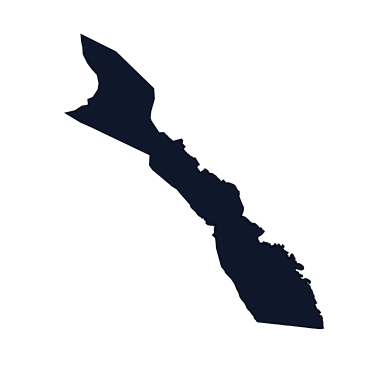 the district of Ebonyi, Ebonyi, Nigeria, rotated 314°
{"feature_id": "59680162B19549725656045", "entity_name": "Ebonyi", "entity_type": "district", "adm_level": 2, "iso_a3": "NGA", "parent_name": "Nigeria", "parent_adm1": "Ebonyi", "projection": "equal_earth", "projection_center": [8.133, 6.541], "detail": "fine", "context": "isolated", "style": "filled", "palette": "ink", "viewbox_px": 384, "rotation_deg": 314, "n_neighbors": 0, "source": "geoboundaries", "source_scale": "gbopen_adm2", "svg_char_len": 6100}
<svg xmlns="http://www.w3.org/2000/svg" viewBox="0 0 384 384"><g transform="rotate(314 192 192)"><path d="M206.2,342.2L205.8,341.4L206.0,340.1L205.8,338.1L205.8,337.8L206.3,337.4L207.4,337.0L208.8,337.5L209.0,337.7L209.1,338.6L208.7,339.0L207.8,339.1L207.8,339.6L208.0,340.0L209.0,339.8L209.8,339.0L209.6,337.3L209.3,335.6L208.6,334.3L208.3,333.9L207.2,333.3L205.9,333.0L205.7,332.2L205.1,330.9L205.5,328.0L205.9,327.8L206.3,327.7L206.6,328.0L207.0,328.6L207.3,329.5L207.5,329.9L207.9,330.0L208.5,329.2L207.7,327.6L207.2,325.7L206.9,325.3L206.9,324.6L207.5,324.7L207.8,324.5L207.8,323.7L207.3,323.1L207.0,321.9L207.0,320.9L207.3,320.2L207.9,319.7L209.5,319.6L209.9,319.7L209.9,320.8L210.1,321.4L210.7,322.0L211.7,324.3L212.8,325.2L213.8,325.4L214.7,325.0L215.5,323.6L215.3,320.9L214.7,318.9L214.5,318.6L214.0,318.6L213.7,318.4L213.5,317.7L213.0,317.3L212.9,316.9L213.0,316.4L213.7,316.0L214.1,315.3L214.1,315.0L213.7,314.6L213.7,314.3L214.1,312.8L214.2,312.7L214.7,312.7L215.2,312.6L215.8,311.6L215.4,310.7L215.6,310.2L216.4,309.8L216.5,309.4L216.4,309.3L216.1,309.1L215.6,309.2L215.2,308.7L215.2,308.4L215.4,308.2L215.7,307.9L216.2,307.8L216.4,308.1L216.8,308.1L217.0,307.7L216.6,307.1L216.2,306.9L215.5,307.0L213.3,308.0L213.1,307.9L212.5,309.1L211.8,309.2L211.7,308.8L211.8,308.5L211.8,306.4L211.9,305.6L212.6,305.3L212.7,304.9L212.5,304.3L212.2,303.7L212.2,303.3L212.7,303.0L214.9,303.2L213.7,298.2L214.0,297.8L214.0,296.9L214.2,296.3L214.7,296.3L215.6,296.0L216.4,296.1L216.7,295.9L216.9,294.8L216.6,294.3L216.6,294.2L215.6,295.0L215.4,295.0L215.2,294.9L215.0,294.5L214.9,294.2L214.8,293.9L214.5,293.8L213.9,293.0L214.0,292.8L214.5,292.2L214.6,290.7L214.0,290.8L213.0,290.6L211.7,289.6L211.5,289.2L211.6,288.9L212.1,288.9L212.5,288.4L212.6,288.2L212.5,287.9L212.3,287.8L212.1,287.8L211.8,288.1L211.2,287.9L210.7,288.2L210.6,288.4L210.4,288.9L209.8,289.1L209.7,288.6L209.8,288.2L209.8,287.8L209.7,287.7L208.8,287.9L208.7,287.3L208.4,287.3L208.2,287.6L207.9,287.8L207.7,287.8L207.6,287.6L208.2,285.0L208.3,284.8L208.6,284.6L208.6,284.3L208.5,284.1L207.8,284.1L207.7,283.8L208.0,283.1L207.9,282.3L207.8,282.0L207.3,281.8L207.2,281.2L206.9,280.6L206.7,280.6L206.4,281.6L206.2,281.8L205.9,281.7L205.8,280.7L206.2,279.4L205.6,278.2L203.4,278.7L203.2,277.5L202.3,276.3L202.6,273.5L203.2,273.4L203.0,272.4L203.8,271.8L204.7,270.5L205.5,270.3L209.7,271.4L213.6,271.2L213.8,270.1L213.1,269.2L213.5,268.0L213.5,267.3L213.9,267.3L213.7,266.3L213.2,266.1L212.5,265.7L213.0,263.0L212.9,261.1L212.5,261.2L212.9,260.5L212.9,260.1L213.0,259.9L212.5,258.8L212.3,258.9L211.9,258.1L211.2,258.8L211.0,258.4L211.4,258.1L211.4,257.8L211.2,257.8L210.8,258.0L210.5,257.8L210.4,257.4L210.8,257.0L210.7,256.9L210.5,257.0L210.6,256.7L210.6,256.3L210.3,256.4L210.3,256.1L210.6,256.0L210.9,255.1L210.6,254.9L210.5,254.5L210.1,254.2L209.9,253.8L210.4,253.4L210.4,252.6L210.8,252.5L210.7,251.8L210.3,251.8L210.2,251.2L210.2,250.7L210.7,250.8L210.7,249.0L210.5,247.6L210.2,247.6L210.0,247.1L209.8,246.2L209.3,246.4L209.1,245.8L209.3,245.3L209.2,244.6L208.7,244.8L208.2,244.0L208.4,243.9L209.8,243.5L212.1,242.6L214.5,241.3L216.1,239.9L216.5,239.4L218.0,235.6L221.0,229.0L222.7,227.4L223.5,227.2L223.3,226.1L224.4,225.9L224.7,225.6L224.9,225.3L224.6,225.0L224.7,224.4L224.5,223.7L226.1,218.8L226.0,217.6L225.8,216.5L224.8,214.1L224.1,212.6L223.4,211.4L221.8,210.4L222.2,206.5L220.8,206.3L219.3,206.2L219.1,204.2L219.5,204.3L219.7,203.4L219.3,203.3L219.7,202.2L219.6,201.4L219.6,199.4L219.9,198.1L219.6,197.0L219.4,195.3L219.2,194.4L218.9,193.4L217.6,192.3L217.5,191.6L217.4,191.4L217.3,191.1L217.3,190.8L217.5,190.8L217.5,189.9L217.7,189.7L217.8,189.2L218.1,188.8L217.9,186.7L217.5,185.5L217.1,185.3L215.8,185.7L214.9,185.5L214.6,185.3L214.2,185.4L213.5,185.2L213.1,184.8L212.4,184.9L211.1,184.6L211.2,183.5L211.9,183.2L212.1,182.7L212.0,181.6L213.1,177.8L215.1,177.5L216.6,178.0L218.4,170.5L217.7,170.1L216.9,169.9L217.1,168.1L216.6,166.5L216.2,165.8L216.4,162.9L215.6,162.8L215.7,160.8L216.2,160.8L216.1,159.6L216.6,155.4L219.3,155.4L219.8,155.1L219.6,154.6L219.7,152.5L219.6,150.5L220.2,150.7L222.2,149.6L222.4,148.7L222.5,147.8L215.0,143.3L214.9,142.3L215.0,141.1L214.6,137.4L214.9,135.4L214.7,132.7L214.9,131.2L215.0,130.7L212.6,128.4L211.4,127.0L214.6,112.9L216.1,110.1L221.3,106.1L232.8,99.9L239.5,92.5L239.7,40.1L228.1,3.2L223.4,8.7L220.4,13.2L215.7,18.3L212.4,27.9L211.3,34.6L210.8,42.4L205.8,49.8L200.6,53.5L191.3,55.3L186.3,53.1L183.0,57.2L181.1,56.4L177.3,53.5L169.0,51.6L161.2,46.5L165.2,63.5L169.2,74.5L189.8,136.1L182.0,143.0L181.0,148.2L181.8,158.8L182.8,174.0L183.9,179.0L183.2,185.5L182.1,198.9L181.9,199.7L181.4,200.6L180.9,202.0L180.7,201.9L180.5,203.6L180.7,208.7L180.3,209.9L179.9,212.9L180.3,215.1L180.7,215.7L180.4,217.5L181.3,217.8L181.8,217.7L181.9,217.4L182.0,217.8L181.7,218.4L181.9,218.6L182.6,220.3L182.3,220.6L181.8,220.6L181.0,220.1L180.8,220.4L181.6,222.2L181.5,222.9L181.4,223.1L180.7,222.8L179.5,223.9L179.5,224.4L179.8,226.4L180.4,226.5L180.8,226.7L181.0,228.2L182.3,229.3L182.9,230.0L182.9,230.7L183.3,231.0L184.0,230.5L184.9,230.9L184.7,231.6L183.6,233.4L182.9,232.8L181.5,233.6L178.1,237.0L175.5,236.8L175.6,240.9L172.0,245.3L168.8,248.8L159.0,265.3L158.5,270.1L157.5,272.3L157.2,280.7L155.9,286.5L153.6,291.6L152.0,296.4L150.2,299.3L149.4,302.8L149.1,306.6L148.1,310.1L147.0,312.1L146.7,315.5L146.8,316.7L146.1,319.7L146.0,322.8L145.8,322.7L145.5,323.5L145.0,324.3L144.7,325.0L144.7,327.2L144.3,329.0L154.8,342.7L156.7,345.0L162.9,353.2L163.9,354.2L164.9,355.5L167.5,359.0L172.8,365.9L178.3,373.2L180.1,375.3L180.7,376.1L180.7,376.4L182.8,378.7L183.9,379.8L185.3,380.8L186.3,379.2L186.8,378.6L189.4,376.0L190.2,374.5L191.0,373.3L191.4,373.6L192.3,371.9L192.5,371.0L192.5,370.8L192.1,370.2L191.5,369.6L190.9,368.4L190.5,368.5L194.4,367.9L194.7,366.3L194.6,364.8L194.4,363.5L194.0,362.3L193.5,361.4L194.1,361.0L194.9,361.5L195.9,358.9L196.5,358.3L197.1,358.0L197.7,358.0L198.6,358.5L198.9,357.4L199.2,356.6L199.6,355.5L200.1,353.6L200.2,353.2L201.9,352.0L202.3,350.4L202.9,348.9L204.1,347.0L204.6,344.5L205.6,342.7L206.2,342.2Z" fill="#0f172a" stroke="#020617" stroke-width="1.5"/></g></svg>